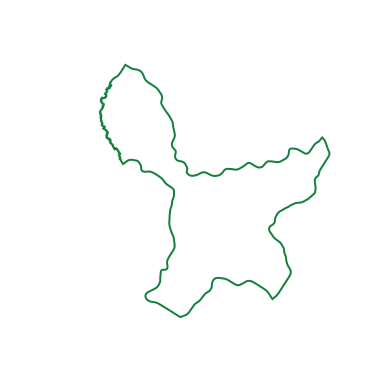 Rio San Juan, María Trinidad Sánchez, Dominican Republic (Robinson projection), rotated 302°
{"feature_id": "3306468B8616193891808", "entity_name": "Rio San Juan", "entity_type": "district", "adm_level": 2, "iso_a3": "DOM", "parent_name": "Dominican Republic", "parent_adm1": "María Trinidad Sánchez", "projection": "robinson", "projection_center": [-70.066, 19.564], "detail": "fine", "context": "isolated", "style": "outline", "palette": "green", "viewbox_px": 384, "rotation_deg": 302, "n_neighbors": 0, "source": "geoboundaries", "source_scale": "gbopen_adm2", "svg_char_len": 5869}
<svg xmlns="http://www.w3.org/2000/svg" viewBox="0 0 384 384"><g transform="rotate(302 192 192)"><path d="M143.8,316.9L148.8,318.6L152.4,319.0L172.6,319.3L174.7,319.0L176.6,318.2L178.4,316.3L180.2,312.6L181.9,310.3L183.9,308.2L186.9,305.9L189.4,302.5L192.2,300.3L193.0,299.4L195.2,295.4L195.9,293.5L196.5,286.8L197.1,284.7L199.8,278.6L201.1,277.2L202.2,276.6L203.5,276.4L204.7,276.6L207.3,277.8L209.0,278.2L210.3,278.1L213.6,276.6L215.5,276.1L219.0,276.0L221.7,276.6L227.4,279.6L230.7,281.7L233.1,282.8L237.2,285.5L238.1,286.3L240.6,289.8L242.6,291.4L247.7,294.2L256.0,296.7L257.6,296.3L261.5,294.3L266.4,290.2L268.2,289.4L270.0,289.5L273.0,290.4L276.8,289.2L279.0,288.9L294.0,289.0L296.1,288.8L297.3,288.3L298.3,287.5L300.5,284.3L304.0,280.1L306.2,277.0L307.2,273.5L302.4,272.9L298.4,271.0L296.9,270.7L288.6,270.4L287.2,270.1L285.9,269.6L285.0,268.6L284.5,267.3L284.3,260.3L283.9,258.0L282.9,255.6L281.4,253.0L280.4,252.4L279.2,252.2L278.1,252.5L275.6,253.8L274.4,254.2L271.8,254.3L269.9,253.7L264.8,250.9L263.3,249.6L262.2,248.0L260.3,243.6L258.8,240.9L258.0,240.0L256.4,239.2L251.3,238.5L249.6,237.5L248.3,236.0L247.8,234.6L247.5,232.3L247.4,226.9L247.1,225.5L246.5,224.3L245.0,223.4L241.5,222.3L237.0,219.9L235.4,218.8L234.1,217.3L232.2,212.9L230.3,209.6L229.6,208.7L227.9,207.9L224.1,207.5L222.2,207.0L220.9,206.3L219.2,204.8L217.8,203.1L216.8,201.1L216.3,198.9L215.9,193.8L215.2,191.8L213.5,189.8L210.1,187.9L207.9,186.1L205.9,183.8L205.0,181.8L204.9,179.7L205.4,177.8L206.2,176.9L209.6,175.5L210.7,174.0L212.5,170.7L212.7,169.4L212.7,168.0L211.1,163.3L211.1,161.9L211.8,160.1L213.7,158.4L217.0,157.3L217.9,156.7L218.5,155.7L219.4,152.7L219.9,151.5L221.7,149.6L223.5,148.9L228.8,148.3L230.8,147.6L233.1,145.7L238.0,140.9L241.0,138.5L243.9,133.6L248.2,123.5L250.7,119.1L252.2,118.1L255.1,117.3L256.2,116.7L257.6,115.4L258.4,114.4L260.6,109.5L261.3,107.5L261.6,104.3L261.7,97.1L262.1,93.9L263.1,91.9L266.4,87.2L267.1,85.1L267.2,83.6L267.0,81.4L265.2,77.1L264.7,75.0L264.5,68.1L256.0,68.1L252.5,67.8L250.5,67.3L246.5,65.3L243.7,64.8L241.4,64.7L241.4,65.0L240.6,65.0L240.6,65.3L240.0,65.6L240.0,65.9L239.5,66.2L239.5,67.1L238.7,67.1L238.7,66.8L238.4,66.8L238.4,65.9L238.2,65.9L238.2,65.6L237.1,65.9L237.1,66.2L236.8,66.2L236.8,66.8L236.3,67.1L236.0,66.5L235.8,66.5L235.5,65.9L235.2,65.9L235.2,65.3L235.0,65.0L233.9,65.0L233.9,65.3L233.4,65.3L233.4,65.9L233.1,65.9L232.9,66.5L232.1,66.5L232.1,66.8L231.5,66.8L231.5,66.5L229.9,66.5L229.9,66.2L228.9,66.2L228.9,67.7L228.6,67.7L228.3,68.3L227.8,68.3L227.8,68.6L226.5,68.6L226.2,68.0L225.4,68.0L225.2,67.4L224.9,67.4L224.6,66.8L224.4,66.8L224.4,66.5L224.1,66.5L224.1,65.9L223.8,65.9L223.8,65.6L222.8,65.6L222.8,65.9L222.0,65.9L221.7,66.5L221.2,66.5L221.2,66.8L220.6,66.8L220.6,67.1L220.4,67.1L220.4,68.3L219.8,68.6L219.8,69.3L219.6,69.3L219.8,69.9L219.6,69.9L219.6,70.5L219.0,70.8L219.0,71.1L218.8,71.1L218.8,70.8L217.7,70.8L217.7,71.1L216.9,71.1L216.9,71.4L216.4,71.4L216.4,71.7L214.0,71.7L214.0,71.4L211.3,71.4L211.3,71.7L211.1,71.7L210.8,72.3L210.5,72.3L210.5,72.6L209.5,72.9L209.5,73.5L209.2,73.5L209.2,73.8L208.7,74.2L208.7,74.5L208.1,74.5L208.1,74.8L207.3,74.8L207.3,75.1L206.8,75.1L206.6,75.7L206.0,75.7L205.8,76.2L205.2,76.3L205.0,76.9L204.7,76.9L204.7,77.2L204.2,77.2L204.2,77.5L203.6,77.8L203.6,78.4L203.4,78.4L203.1,79.0L202.8,79.0L202.6,79.7L202.0,79.7L202.0,80.0L201.2,80.0L201.0,80.6L200.7,80.6L200.7,82.4L201.2,82.7L201.2,83.3L201.0,83.6L199.9,83.3L199.9,83.0L198.8,83.0L198.8,83.6L199.1,83.6L199.1,85.8L198.8,85.8L198.8,86.7L198.6,86.7L198.3,87.3L197.8,87.6L197.8,87.9L198.1,87.9L198.1,89.1L197.0,89.1L197.0,88.8L196.5,88.8L196.5,89.1L196.2,89.1L195.9,89.8L195.4,89.8L195.4,89.5L194.6,89.5L194.6,89.8L194.1,89.8L193.8,90.4L193.3,90.4L193.3,91.0L193.0,91.0L193.0,91.6L192.7,91.6L192.7,92.5L192.5,93.1L193.3,93.1L193.3,94.4L193.0,94.4L193.0,95.0L192.7,95.0L192.5,95.6L191.4,95.6L191.4,95.9L191.1,95.9L191.1,96.5L190.9,96.5L190.6,97.1L190.3,97.1L190.3,97.4L190.1,97.4L190.1,98.3L190.3,98.3L190.1,99.6L189.8,99.6L189.5,100.2L189.3,100.2L189.3,100.5L188.8,100.8L188.8,101.1L188.5,101.1L188.2,102.3L188.0,102.6L187.4,102.9L187.4,103.2L187.7,103.2L187.4,103.8L187.7,103.8L187.7,104.1L188.5,104.1L188.5,104.8L188.8,104.8L188.8,105.7L188.5,105.7L188.2,106.3L188.0,107.5L187.7,107.5L187.4,108.1L187.2,108.1L187.2,108.7L186.6,109.0L186.6,109.3L186.4,109.3L186.4,110.0L186.6,110.0L186.6,110.3L186.4,110.3L186.4,110.6L185.8,110.6L185.8,110.9L185.0,110.9L185.0,110.6L184.5,110.6L184.5,110.9L184.2,110.9L184.2,111.5L184.0,111.8L183.4,112.1L183.4,112.4L183.2,112.4L183.2,112.7L182.6,112.7L182.4,113.3L181.8,113.3L181.8,113.6L181.6,113.6L181.6,114.2L181.4,114.2L179.2,118.7L184.1,120.6L186.2,122.1L187.7,124.3L189.5,129.1L189.3,130.9L187.6,134.1L186.9,135.0L184.3,137.0L183.7,137.9L183.4,139.0L183.9,140.9L186.3,144.2L187.3,146.2L187.7,148.5L187.9,151.8L187.8,155.8L187.5,159.0L187.1,160.5L185.4,164.9L185.1,167.3L184.9,172.8L184.6,174.2L184.1,175.4L183.2,176.3L179.6,178.5L177.7,179.2L174.4,179.8L170.4,181.7L165.3,183.0L159.5,185.9L153.2,189.4L150.9,191.4L148.3,194.3L146.4,196.7L144.3,200.0L138.1,205.2L135.7,206.6L132.8,207.0L124.7,206.9L121.1,207.3L119.1,208.1L115.5,211.0L113.8,211.5L112.8,211.2L112.0,210.6L110.3,208.1L109.3,207.6L108.1,207.7L102.7,210.4L99.4,212.4L96.0,213.0L93.3,212.9L91.3,212.3L83.6,207.7L82.5,207.2L81.2,207.0L79.9,207.2L78.8,207.8L77.9,208.8L77.2,210.0L76.9,211.4L76.8,212.9L77.1,215.0L79.0,219.3L79.6,222.4L79.7,226.4L79.7,248.4L85.0,252.3L87.7,253.2L97.9,253.7L99.3,254.1L103.4,256.0L112.1,257.0L113.5,257.4L116.9,259.0L118.2,259.3L120.2,259.4L121.5,259.2L125.4,257.3L127.3,256.8L128.6,256.8L130.0,257.1L131.2,257.6L133.0,259.5L135.8,265.6L136.2,267.1L136.5,270.2L136.5,277.4L137.1,280.2L138.3,281.6L141.9,283.9L144.8,285.3L145.8,286.1L147.0,287.6L147.8,289.7L148.0,292.1L148.1,295.4L148.0,304.6L147.7,307.8L147.1,310.0L143.8,316.9Z" fill="none" stroke="#15803d" stroke-width="2"/></g></svg>